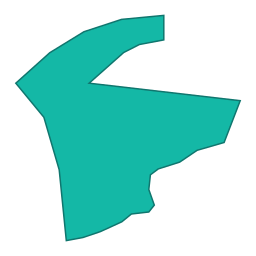 the state/province of Mellieħa
{"feature_id": "MLT-5925", "entity_name": "Mellieħa", "entity_type": "state/province", "adm_level": 1, "iso_a3": "MLT", "parent_name": "Malta", "parent_adm1": "", "projection": "orthographic", "projection_center": [14.362, 35.96], "detail": "fine", "context": "isolated", "style": "filled", "palette": "teal", "viewbox_px": 256, "rotation_deg": 0, "n_neighbors": 0, "source": "natural_earth", "source_scale": "10m", "svg_char_len": 426}
<svg xmlns="http://www.w3.org/2000/svg" viewBox="0 0 256 256"><path d="M66.3,240.6L59.2,169.8L43.9,117.3L15.8,83.2L49.8,52.7L84.0,31.7L121.5,19.4L163.8,15.4L163.8,39.9L139.4,44.5L123.7,52.5L89.1,83.2L240.2,100.7L224.1,142.5L197.1,150.3L179.7,162.1L158.3,168.9L150.4,174.8L148.8,189.5L154.3,205.1L148.8,212.0L131.4,214.0L121.8,221.8L100.4,231.6L83.0,237.5L66.3,240.6Z" fill="#14b8a6" stroke="#0f766e" stroke-width="1.5"/></svg>